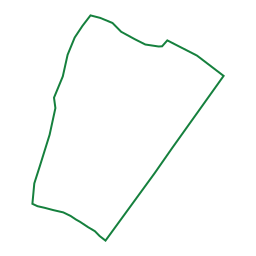 outline of Motufoua, Tuvalu
{"feature_id": "33948139B1978289965587", "entity_name": "Motufoua", "entity_type": "district", "adm_level": 2, "iso_a3": "TUV", "parent_name": "Tuvalu", "parent_adm1": "", "projection": "mercator", "projection_center": [178.693, -7.491], "detail": "fine", "context": "isolated", "style": "outline", "palette": "green", "viewbox_px": 256, "rotation_deg": 0, "n_neighbors": 0, "source": "geoboundaries", "source_scale": "gbopen_adm2", "svg_char_len": 510}
<svg xmlns="http://www.w3.org/2000/svg" viewBox="0 0 256 256"><path d="M105.5,240.6L154.9,172.8L172.1,148.1L223.6,75.9L197.0,55.6L167.3,40.4L162.1,46.3L158.6,46.5L145.3,44.5L134.8,39.2L121.2,31.8L112.5,23.0L100.2,17.9L90.5,15.4L82.5,25.8L74.7,37.5L67.6,54.8L62.8,76.4L54.0,97.7L55.4,108.1L49.6,134.8L39.9,165.9L34.3,183.4L32.4,203.8L37.5,206.2L44.6,207.8L53.3,210.1L63.3,212.4L70.7,216.0L75.9,219.5L80.0,221.8L87.8,227.0L94.9,231.2L99.7,236.1L105.5,240.6Z" fill="none" stroke="#15803d" stroke-width="2"/></svg>